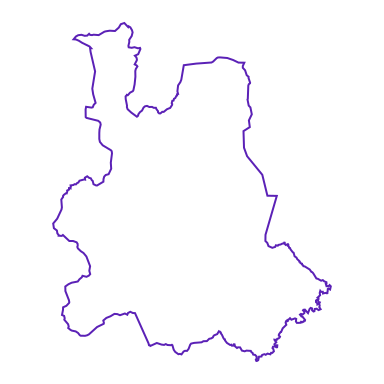 outline of Houet, Houet, Burkina Faso
{"feature_id": "67063806B93880456931202", "entity_name": "Houet", "entity_type": "district", "adm_level": 2, "iso_a3": "BFA", "parent_name": "Burkina Faso", "parent_adm1": "Houet", "projection": "orthographic", "projection_center": [-4.215, 11.389], "detail": "fine", "context": "isolated", "style": "outline", "palette": "violet", "viewbox_px": 384, "rotation_deg": 0, "n_neighbors": 0, "source": "geoboundaries", "source_scale": "gbopen_adm2", "svg_char_len": 5905}
<svg xmlns="http://www.w3.org/2000/svg" viewBox="0 0 384 384"><path d="M244.3,62.7L238.5,62.6L233.1,60.0L227.3,58.0L220.0,57.4L217.9,57.5L216.7,58.1L213.1,61.6L211.5,62.5L196.2,63.6L183.8,65.2L181.3,79.7L180.3,82.2L178.1,85.4L177.4,91.3L178.1,94.0L177.0,94.3L177.1,95.5L176.4,95.8L175.3,98.0L174.0,98.8L173.5,100.6L172.3,100.8L171.7,103.2L172.2,104.0L172.1,104.9L170.2,107.9L167.0,109.2L163.7,111.9L162.3,111.8L160.4,113.4L159.2,113.4L158.1,112.4L158.0,111.2L156.4,109.1L155.9,107.8L153.7,107.8L152.0,106.9L149.3,107.0L147.0,105.9L145.0,106.3L143.6,107.5L142.0,110.6L139.9,112.2L138.3,114.4L138.1,115.7L136.9,116.7L131.3,112.6L127.6,109.2L126.9,107.1L127.0,105.6L125.7,99.0L125.6,96.4L126.3,95.6L127.0,95.4L127.0,94.9L127.9,95.1L130.1,92.6L132.8,91.2L133.4,90.2L134.6,84.4L135.4,76.8L135.3,71.0L135.8,69.0L137.4,66.4L136.6,65.4L134.7,64.4L136.8,60.3L136.9,59.3L136.4,57.4L134.9,55.7L138.2,54.2L140.4,49.0L140.0,47.9L138.0,48.3L134.5,47.2L131.7,47.8L128.7,47.3L128.4,45.9L129.3,42.0L129.2,39.8L131.7,36.0L132.6,32.4L132.0,30.2L130.3,27.3L128.6,26.3L128.2,27.1L124.3,23.0L120.8,24.2L118.8,27.6L115.0,31.0L109.7,30.7L105.9,31.3L104.4,31.7L98.7,35.1L93.6,34.7L92.0,35.1L90.1,34.9L89.1,33.8L87.2,35.6L84.7,35.8L81.5,34.8L78.2,35.2L75.9,36.5L73.6,39.3L76.0,39.5L78.8,40.7L82.1,42.8L89.6,46.5L91.1,48.2L90.1,48.2L90.6,52.0L95.1,71.4L92.3,88.7L93.2,94.4L95.6,102.9L93.8,104.7L92.7,107.3L91.5,107.6L86.1,106.8L85.6,109.4L85.7,117.1L86.5,117.9L98.2,120.8L100.2,122.5L100.7,124.6L99.5,129.5L99.3,133.0L99.3,139.0L99.9,141.9L102.7,145.3L111.0,150.3L111.7,151.2L112.0,153.3L110.8,162.7L111.2,168.7L108.6,174.2L105.7,175.0L104.2,176.6L103.5,179.1L103.4,181.7L97.0,185.5L96.0,185.4L93.5,184.2L92.7,180.9L91.8,180.2L90.8,178.3L89.2,177.9L87.2,176.3L84.9,177.7L85.1,179.6L84.3,179.4L79.5,180.7L78.3,182.6L77.3,182.9L75.9,184.4L74.5,184.2L73.4,185.0L70.6,185.4L70.9,186.6L70.7,187.5L70.6,187.0L70.3,187.4L70.5,188.4L69.0,188.2L69.0,189.6L67.2,190.5L67.4,191.0L66.7,193.4L65.9,193.3L63.8,194.9L63.0,196.0L63.1,197.0L61.3,199.5L61.9,207.4L61.5,209.5L57.2,218.7L53.2,223.5L53.9,228.2L56.9,230.5L57.4,233.5L58.7,235.0L58.6,235.7L61.8,235.9L62.9,235.0L69.3,241.0L73.1,241.0L76.6,242.3L77.6,243.8L77.7,245.9L77.3,246.9L77.9,248.4L80.8,251.2L83.5,253.0L86.4,256.5L90.1,266.2L89.3,270.8L90.2,274.1L88.9,275.6L86.5,276.8L82.5,275.8L81.8,277.3L79.4,279.3L77.8,281.5L71.7,282.7L68.5,284.2L65.3,286.5L65.4,291.1L68.9,300.1L69.3,302.2L69.1,302.9L66.4,305.8L63.1,307.3L63.0,309.9L62.0,315.0L64.1,315.9L64.7,318.2L64.3,319.7L68.1,324.2L68.7,326.5L68.2,328.0L70.5,329.9L71.8,330.6L75.7,331.4L78.1,333.0L79.7,335.1L80.6,335.7L85.1,335.8L87.1,335.3L88.9,334.4L97.1,327.0L103.7,323.8L103.9,322.9L103.3,320.5L106.4,317.9L110.4,316.3L114.4,313.9L117.3,314.1L120.0,315.2L124.9,313.5L127.3,314.7L128.0,313.0L130.3,311.8L132.8,313.0L135.0,313.1L148.5,343.3L149.0,345.2L150.2,345.4L150.4,345.9L156.8,343.0L161.6,344.6L164.1,344.9L165.8,344.1L167.5,345.0L170.9,345.2L171.9,344.8L172.4,345.2L173.7,349.7L175.2,351.9L178.4,354.2L179.9,353.9L181.5,354.4L183.6,351.5L185.0,350.8L187.0,350.9L188.6,348.9L190.2,344.7L191.1,343.6L194.1,342.9L201.6,342.3L203.4,341.2L206.9,341.1L209.2,338.8L211.2,338.4L212.9,337.4L213.3,336.3L214.2,335.3L217.2,334.1L218.7,331.6L218.9,331.9L219.7,331.5L220.8,332.5L220.7,333.2L221.9,334.7L223.5,338.2L224.3,339.3L224.9,339.4L225.0,340.4L226.9,342.9L230.2,345.0L231.4,344.7L231.9,345.7L233.4,345.7L233.8,344.3L234.5,344.3L235.0,346.3L237.0,348.0L238.0,347.3L240.1,347.4L241.9,350.6L244.7,351.3L246.5,350.6L250.8,350.9L251.5,352.3L252.5,352.8L253.2,354.6L255.1,354.9L256.7,356.6L256.5,358.7L255.8,359.7L256.3,360.9L256.8,361.0L258.2,360.2L259.0,356.7L261.5,356.5L261.9,355.2L263.3,354.5L264.6,354.2L265.7,354.8L267.5,353.6L270.4,354.3L271.1,352.8L272.3,352.9L273.9,351.3L273.3,349.0L272.5,348.1L273.0,346.7L275.1,346.5L276.3,347.3L277.1,347.2L277.3,345.3L276.8,345.2L275.4,346.0L274.4,344.2L276.3,342.2L274.7,340.4L274.5,339.7L276.7,339.9L277.2,338.8L278.5,338.5L279.7,337.4L280.0,336.6L278.8,335.6L278.9,334.4L280.6,332.0L281.1,332.0L282.7,328.3L286.3,324.8L285.6,322.7L286.0,321.2L286.4,321.0L286.4,321.3L287.0,320.5L287.3,321.2L287.8,321.0L287.9,320.3L290.0,318.2L291.4,319.7L295.0,318.4L296.2,318.9L295.9,321.5L296.9,322.9L300.3,322.8L300.9,322.0L301.3,322.5L301.8,322.4L301.8,321.9L303.5,321.8L303.9,321.0L304.9,320.8L305.1,320.0L302.6,316.8L301.5,316.5L300.0,314.6L301.0,313.9L302.6,314.5L304.3,313.1L304.4,311.7L303.0,310.4L303.4,309.8L304.9,309.6L308.0,313.1L309.6,309.0L310.7,307.9L312.0,308.4L312.1,310.3L313.5,311.5L314.4,311.2L314.7,309.0L316.6,308.7L318.6,310.1L320.6,309.2L319.3,307.1L319.7,305.7L319.2,303.6L319.8,302.4L319.0,302.1L318.6,303.6L317.4,304.4L317.3,303.3L316.0,302.1L316.0,300.5L316.5,300.1L317.2,300.8L318.1,300.6L317.9,299.5L318.5,299.1L318.5,298.0L317.6,297.6L320.1,295.2L319.7,293.0L320.3,290.8L321.2,291.9L322.8,291.8L323.0,293.5L325.3,292.9L327.0,293.3L327.4,293.0L327.1,292.4L327.6,291.7L327.8,288.9L328.3,288.4L330.1,289.5L330.8,286.3L329.6,285.1L329.0,285.9L326.5,286.2L325.8,283.8L326.5,283.6L326.4,282.2L324.3,281.4L322.8,280.1L321.1,280.7L317.8,278.8L316.4,278.5L313.3,273.4L312.3,272.2L311.4,271.9L309.7,269.5L304.7,266.4L303.4,266.2L303.1,265.4L302.0,264.5L302.0,263.7L300.5,263.2L300.2,262.2L299.3,261.7L299.4,261.1L297.2,259.1L296.5,257.6L294.6,256.3L293.6,252.7L292.8,252.3L290.4,249.2L290.1,248.1L289.1,247.8L288.8,246.4L287.9,245.9L288.3,244.6L287.9,244.1L285.8,245.0L284.8,244.0L284.7,242.7L284.2,242.6L283.6,243.5L282.6,243.5L280.6,244.5L278.4,244.9L277.8,245.7L275.9,245.3L275.2,246.9L272.3,247.8L268.5,246.1L267.3,242.9L265.4,241.0L265.5,234.8L276.8,195.9L267.4,195.7L262.3,174.8L247.1,156.2L244.0,147.7L243.5,131.1L249.8,127.1L248.9,120.4L251.8,114.3L250.4,107.4L248.7,105.6L247.5,99.4L247.8,99.0L248.3,85.6L248.8,84.2L250.0,83.3L250.1,82.7L248.5,77.9L248.6,76.8L246.7,75.2L245.1,70.3L242.8,67.8L242.8,66.0L244.3,62.7Z" fill="none" stroke="#5b21b6" stroke-width="2"/></svg>